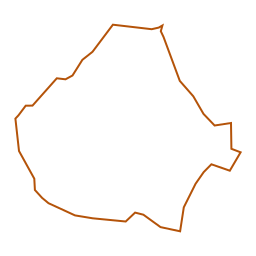 Moravske Toplice, Equal Earth projection
{"feature_id": "SVN-1044", "entity_name": "Moravske Toplice", "entity_type": "Municipality", "adm_level": 1, "iso_a3": "SVN", "parent_name": "Slovenia", "parent_adm1": "", "projection": "equal_earth", "projection_center": [16.276, 46.713], "detail": "fine", "context": "isolated", "style": "outline", "palette": "amber", "viewbox_px": 256, "rotation_deg": 0, "n_neighbors": 0, "source": "natural_earth", "source_scale": "10m", "svg_char_len": 612}
<svg xmlns="http://www.w3.org/2000/svg" viewBox="0 0 256 256"><path d="M162.4,25.5L160.8,31.2L163.5,36.9L179.8,80.9L193.3,96.3L203.5,113.9L214.6,125.5L231.0,123.0L231.4,148.8L240.6,152.3L238.9,155.2L229.8,170.7L224.4,168.8L211.4,164.3L203.7,172.1L195.6,183.7L183.8,207.3L180.1,231.3L160.5,227.1L143.4,214.7L135.1,212.6L125.7,221.5L92.7,218.3L75.0,215.4L48.5,203.2L42.1,197.9L34.9,190.0L34.3,178.7L19.0,151.0L15.4,118.6L18.5,115.3L25.7,105.7L32.5,105.6L56.8,78.3L65.5,79.3L72.5,75.5L82.4,59.8L92.5,51.8L112.9,24.7L151.7,29.2L158.7,27.6L161.5,26.0L162.4,25.5Z" fill="none" stroke="#b45309" stroke-width="2"/></svg>